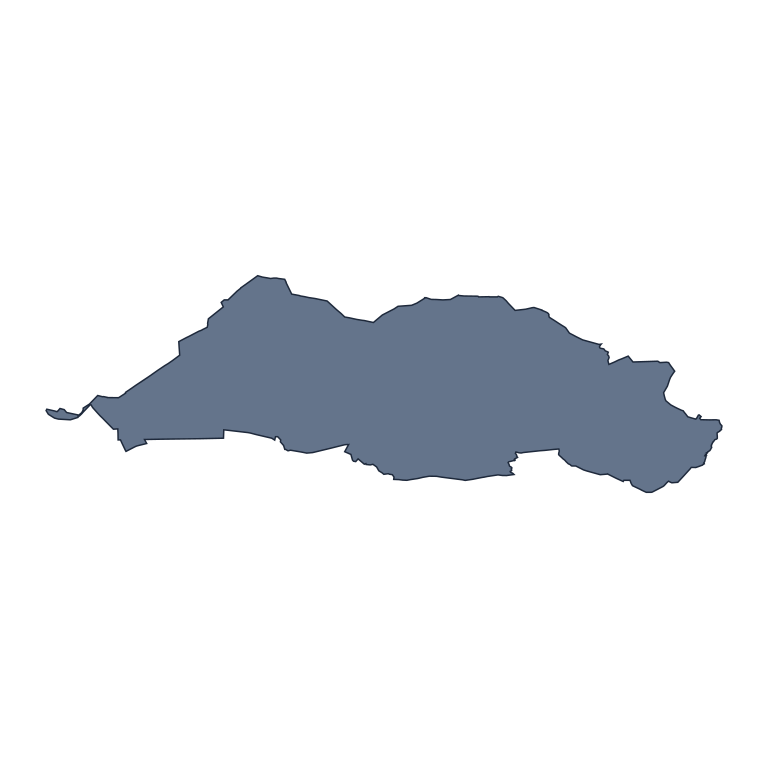 Iršu pag., Kokneses, Latvia (Robinson projection)
{"feature_id": "27541924B71270592653243", "entity_name": "Iršu pag.", "entity_type": "district", "adm_level": 2, "iso_a3": "LVA", "parent_name": "Latvia", "parent_adm1": "Kokneses", "projection": "robinson", "projection_center": [25.608, 56.781], "detail": "fine", "context": "isolated", "style": "filled", "palette": "slate", "viewbox_px": 768, "rotation_deg": 0, "n_neighbors": 0, "source": "geoboundaries", "source_scale": "gbopen_adm2", "svg_char_len": 5894}
<svg xmlns="http://www.w3.org/2000/svg" viewBox="0 0 768 768"><path d="M719.2,420.8L719.1,420.3L716.2,419.8L715.0,419.8L709.6,419.9L700.8,419.7L699.7,418.3L701.1,416.6L699.1,414.9L698.4,415.1L696.5,418.5L696.3,418.5L695.7,419.1L691.8,418.0L687.8,416.8L685.6,413.9L684.5,412.6L683.2,410.8L681.6,410.3L677.5,408.4L674.7,407.0L670.8,404.9L670.3,404.5L665.9,400.8L665.2,399.2L664.3,395.9L663.6,392.7L667.4,386.2L669.6,379.6L670.5,377.4L673.1,373.4L674.7,371.2L670.3,365.2L668.6,362.6L666.6,362.2L659.9,362.6L657.8,361.2L633.0,362.0L628.2,356.1L621.3,359.0L618.8,359.9L614.5,362.0L608.9,364.4L607.9,360.6L609.1,357.6L608.7,356.0L607.4,354.5L608.3,352.2L607.0,351.5L605.3,350.9L603.9,349.0L603.0,348.7L600.7,348.3L600.1,348.1L599.6,347.4L599.5,346.7L599.7,346.3L600.6,344.8L601.2,344.1L599.0,344.4L582.7,339.9L576.2,336.7L569.4,333.1L565.6,327.7L563.3,326.2L562.9,326.0L558.8,323.4L554.7,320.7L549.3,317.3L548.7,315.3L549.0,314.9L548.7,314.2L548.4,313.6L548.0,313.3L547.3,312.7L545.5,311.8L541.7,310.2L541.8,310.0L534.0,307.5L532.2,307.7L525.7,309.2L515.1,310.4L508.4,303.4L506.2,300.8L503.1,297.9L502.3,297.5L498.2,296.3L497.4,296.9L497.1,296.9L494.0,296.9L489.4,296.9L489.2,296.7L478.7,296.9L477.9,296.2L464.0,296.0L458.8,295.5L458.5,295.1L450.4,299.5L442.9,299.9L436.1,299.5L431.2,299.4L426.2,297.7L425.3,297.7L425.4,297.8L416.9,303.1L411.6,305.3L398.0,306.3L394.1,308.9L382.3,315.0L373.4,322.5L364.1,320.5L362.2,320.3L356.6,319.4L349.3,317.8L344.7,317.0L341.1,313.5L336.5,309.6L327.1,301.0L315.0,298.5L308.9,297.6L304.3,296.6L300.6,296.0L299.2,295.5L291.7,294.1L286.1,282.7L286.2,282.3L284.7,279.3L278.5,278.5L276.7,278.1L273.6,278.1L270.6,278.5L267.4,277.9L262.5,277.1L257.7,275.7L248.7,282.2L240.7,287.9L240.6,288.3L237.1,291.1L228.0,299.9L224.2,299.9L221.2,302.4L223.3,306.9L208.4,318.8L207.6,323.4L207.8,324.7L207.7,325.1L207.2,327.3L202.3,329.7L201.6,330.2L198.9,331.2L188.1,336.8L186.4,337.6L178.8,341.6L179.1,346.8L179.7,355.2L172.3,360.7L168.1,363.6L164.8,365.6L157.8,370.3L149.0,376.5L135.5,385.5L131.8,388.1L128.1,390.6L125.5,392.4L125.3,393.2L125.4,393.3L119.4,397.2L118.5,397.7L107.4,397.6L107.4,397.4L103.6,396.6L102.4,396.7L97.7,395.5L89.4,404.1L83.2,408.1L83.1,410.1L81.7,412.7L78.8,415.1L66.6,412.5L64.2,409.6L60.0,408.5L57.5,411.4L57.3,411.2L57.2,411.2L56.8,411.5L56.6,411.6L56.0,411.5L55.2,411.1L46.8,409.2L46.1,410.6L48.4,414.3L54.5,418.1L58.4,419.1L70.4,419.8L78.0,417.4L78.0,416.2L79.0,416.2L79.5,415.9L81.6,413.9L83.0,412.3L89.3,405.7L89.6,405.2L90.0,405.0L91.0,404.8L92.7,407.6L97.7,413.2L100.1,415.8L102.7,418.3L105.6,421.3L113.4,429.2L117.8,428.9L118.0,433.2L118.1,439.9L120.5,439.9L121.7,442.6L125.6,450.8L126.0,451.4L134.5,447.0L136.4,446.1L138.6,445.5L146.7,443.5L144.5,439.5L160.5,439.2L200.0,438.7L204.8,438.6L223.5,438.2L223.8,429.8L248.0,432.6L250.2,433.0L256.3,434.6L271.7,438.2L274.7,440.1L275.5,436.7L277.7,436.7L280.7,439.9L280.4,441.8L283.6,445.5L284.8,449.4L285.0,449.4L285.6,449.4L288.0,450.8L290.5,450.2L301.7,452.1L306.7,453.1L312.6,452.6L330.4,448.3L340.4,445.8L344.9,444.7L347.7,444.5L348.1,444.6L348.1,444.8L348.5,444.7L344.7,451.7L350.6,454.3L350.9,454.4L352.5,460.1L353.5,461.2L355.7,461.6L358.1,458.9L364.3,464.2L365.9,463.6L366.1,464.5L370.3,464.9L372.9,464.3L376.6,466.9L378.8,470.8L382.2,472.9L383.8,474.3L388.3,473.7L389.3,474.2L392.4,474.7L394.0,477.1L393.7,479.4L398.8,479.6L402.6,480.1L406.9,480.3L410.5,479.6L417.8,478.5L422.9,477.3L429.3,476.2L436.6,476.3L441.2,477.1L461.5,479.7L461.9,479.7L465.2,480.4L472.7,479.3L481.8,477.5L484.4,477.1L487.2,476.5L498.0,474.9L502.5,475.5L505.4,475.5L506.1,475.6L514.0,474.5L513.2,473.7L512.6,473.2L510.7,472.3L510.2,471.7L510.2,471.4L511.5,470.7L511.7,470.4L511.7,470.1L511.6,469.7L511.2,468.9L511.9,468.1L511.9,467.8L511.5,467.4L511.1,467.0L510.0,466.4L509.5,466.0L509.3,465.4L509.0,464.2L508.5,463.4L508.1,462.5L508.4,462.1L508.8,461.8L514.4,460.4L514.6,460.6L515.0,460.4L515.1,460.1L514.6,459.7L514.3,459.3L515.0,458.7L517.6,457.4L517.5,457.2L517.2,456.8L516.9,456.5L516.6,456.1L516.8,455.8L516.3,454.4L515.4,453.5L515.8,452.1L516.4,452.1L519.0,452.8L521.2,453.0L523.5,452.5L540.4,450.7L544.7,450.4L554.0,449.4L558.8,449.0L559.3,451.0L559.0,452.1L558.7,453.4L558.6,454.3L558.7,454.6L559.0,455.1L560.5,456.5L561.8,457.6L562.3,458.2L563.2,459.0L563.8,459.4L565.0,460.4L565.9,461.5L568.3,463.8L570.1,464.6L570.6,465.0L571.1,465.6L571.7,465.9L571.9,466.0L572.3,466.0L575.8,466.0L583.5,469.9L586.9,471.0L600.2,474.7L607.3,474.1L607.4,473.9L616.4,478.4L623.2,481.5L623.9,480.3L630.0,480.3L631.2,483.5L632.5,485.7L640.3,489.4L641.7,490.2L646.2,492.3L651.2,492.3L652.2,492.1L658.8,488.7L663.0,486.5L664.2,485.6L666.9,482.6L667.2,482.4L667.3,482.2L668.6,481.2L669.8,481.9L671.8,482.8L677.8,482.3L683.0,476.7L689.1,470.0L689.7,469.4L691.3,467.4L695.4,467.5L695.8,467.5L698.7,466.5L701.4,465.5L702.0,465.3L702.5,465.1L702.8,464.8L702.9,464.5L703.6,464.3L703.8,463.8L704.3,463.7L704.2,463.4L703.8,462.9L704.3,462.2L704.7,461.5L705.1,459.8L705.7,458.1L706.0,456.8L706.1,456.2L705.9,456.0L705.4,455.9L705.8,455.6L705.3,455.3L705.7,455.1L705.8,454.9L706.2,454.9L705.9,454.5L706.3,454.5L706.4,453.9L706.6,453.2L706.5,452.9L707.1,452.9L707.0,452.6L707.7,452.3L707.8,452.2L707.8,451.8L708.5,451.4L709.7,450.7L710.4,449.8L711.0,448.6L711.1,448.2L711.6,447.7L711.7,447.4L711.6,446.9L711.3,446.5L711.2,445.9L711.6,445.2L711.6,444.4L712.2,443.8L712.3,443.1L712.6,442.8L712.8,442.4L712.8,442.2L713.0,441.9L713.4,441.8L713.8,441.2L714.4,440.3L714.8,439.7L715.6,439.4L716.0,439.3L716.7,439.0L717.2,438.5L717.3,438.3L717.3,438.1L717.3,437.7L717.3,436.1L717.1,434.2L717.1,433.6L717.2,432.9L717.3,432.6L717.7,432.3L718.1,432.2L718.7,431.7L719.3,431.5L719.7,431.2L720.1,430.8L720.0,430.6L720.2,430.4L721.1,429.9L721.5,429.6L721.5,429.3L721.4,428.4L721.4,427.9L721.9,426.9L721.8,426.3L721.9,426.0L721.9,425.8L721.5,425.3L720.5,424.3L719.5,422.3L719.4,421.6L719.2,420.8Z" fill="#64748b" stroke="#1e293b" stroke-width="1.5"/></svg>